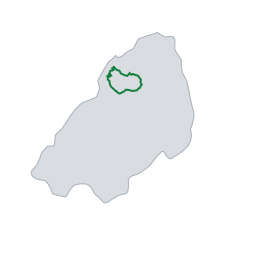 Daga highlighted on a map of Bhutan, rotated 130°
{"feature_id": "BTN-2434", "entity_name": "Daga", "entity_type": "District", "adm_level": 1, "iso_a3": "BTN", "parent_name": "Bhutan", "parent_adm1": "", "projection": "natural_earth1", "projection_center": [89.858, 27.036], "detail": "fine", "context": "in_parent", "style": "outline", "palette": "green", "viewbox_px": 256, "rotation_deg": 130, "n_neighbors": 0, "source": "natural_earth", "source_scale": "10m", "svg_char_len": 2675}
<svg xmlns="http://www.w3.org/2000/svg" viewBox="0 0 256 256"><g transform="rotate(130 128 128)"><path d="M200.0,109.9L199.7,111.5L198.0,115.8L197.0,120.5L197.9,124.3L201.6,128.9L206.7,132.6L213.1,132.8L219.0,131.4L221.3,132.0L224.5,138.1L226.8,143.4L223.8,148.8L222.1,153.6L221.5,157.0L221.9,158.5L223.8,161.2L226.1,165.9L226.4,170.2L225.0,173.1L222.0,174.5L218.7,174.1L216.1,174.1L212.7,174.6L207.5,176.2L202.6,178.3L193.5,177.9L189.9,173.6L188.1,173.6L179.9,179.1L170.8,178.2L154.4,180.0L147.5,180.4L140.4,179.8L136.9,178.7L130.2,174.8L124.2,172.0L118.1,174.6L115.9,175.0L111.0,181.7L100.4,183.8L89.8,185.4L86.6,184.6L80.6,184.2L80.4,182.6L80.6,181.1L79.2,179.9L76.8,178.7L72.6,178.2L67.3,176.5L64.2,174.9L53.3,177.3L47.0,173.8L39.8,169.0L36.1,166.9L34.8,159.5L33.6,157.1L30.7,154.6L29.2,151.6L30.4,148.6L37.6,142.9L38.2,141.6L41.5,131.0L46.2,127.2L50.7,121.8L54.1,113.4L60.8,104.7L68.1,95.8L73.1,88.5L76.4,85.1L83.2,81.5L88.9,79.3L92.9,74.5L97.7,71.8L102.6,70.6L109.9,71.2L116.7,72.9L124.2,75.4L125.1,77.3L124.5,80.8L123.4,84.3L123.3,86.1L124.5,87.0L131.8,87.7L140.9,87.2L145.9,87.6L157.2,90.9L160.5,93.2L163.9,94.9L167.3,94.6L171.5,90.9L176.0,87.7L178.8,87.2L180.8,88.2L184.4,91.2L191.8,94.1L198.4,96.2L200.6,98.2L199.9,107.0L200.0,109.9Z" fill="#d9dde1" stroke="#a8b0b8" stroke-width="1"/><path d="M90.0,144.7L91.2,145.5L93.0,145.3L93.5,145.5L94.4,146.2L95.1,146.9L96.4,148.0L96.9,148.8L97.4,149.5L97.5,149.8L97.8,150.7L98.6,152.2L100.0,154.2L102.4,154.5L104.7,155.6L105.6,155.7L107.2,156.8L107.5,159.1L107.1,160.3L107.6,161.0L107.5,162.6L107.3,164.8L107.3,165.1L107.3,167.1L106.7,169.0L105.8,170.1L105.2,171.2L104.2,171.9L104.0,172.4L104.0,172.7L103.9,173.4L103.9,173.7L104.0,174.3L104.0,174.5L101.8,176.1L101.6,176.4L101.4,176.7L101.5,176.8L101.8,176.9L101.7,177.2L101.5,177.3L101.1,177.2L100.9,177.0L100.7,176.7L100.7,176.2L100.5,175.6L100.4,175.1L99.8,174.7L99.6,174.7L99.5,174.9L99.5,175.5L99.4,176.0L99.3,176.6L99.0,177.2L98.8,177.4L98.6,177.4L98.4,177.3L98.3,177.2L98.2,176.8L98.1,176.4L97.8,177.3L97.5,177.5L95.9,178.2L95.4,178.2L95.0,178.0L94.4,177.3L94.0,176.9L93.2,176.5L92.8,176.6L92.7,176.7L92.7,177.3L92.7,177.6L92.6,177.9L92.5,178.1L92.4,178.5L91.6,178.1L91.4,178.1L91.0,178.0L90.7,178.1L89.6,178.4L90.0,178.1L90.1,177.9L90.5,177.0L90.6,176.5L90.8,175.6L90.8,174.7L90.8,174.0L90.5,173.1L89.8,172.0L89.7,171.7L89.8,170.8L90.8,168.6L90.0,165.4L89.7,164.5L88.5,162.0L84.8,162.0L85.0,161.0L85.1,160.7L85.2,160.3L84.9,159.5L83.5,159.0L82.3,155.5L81.5,154.1L82.0,152.1L82.3,150.5L82.6,149.6L82.8,149.1L83.2,148.8L83.5,148.7L84.1,148.4L84.5,148.1L85.0,147.6L85.4,146.9L85.9,145.4L86.6,145.5L90.0,144.7Z" fill="none" stroke="#15803d" stroke-width="2"/></g></svg>